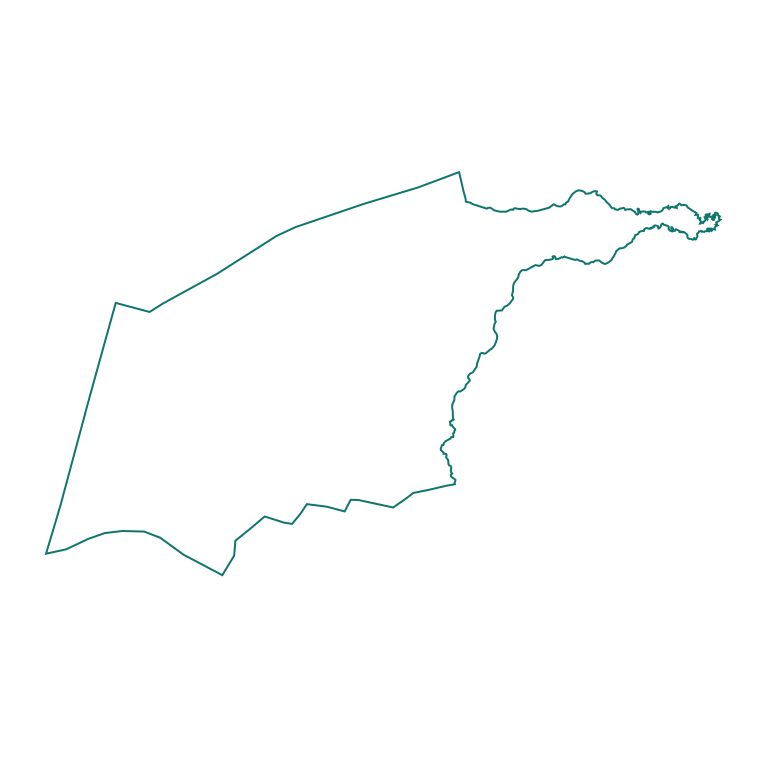 Intan Jaya, Papua, Indonesia (Albers equal-area conic projection), rotated 105°
{"feature_id": "22746128B83440404091664", "entity_name": "Intan Jaya", "entity_type": "district", "adm_level": 2, "iso_a3": "IDN", "parent_name": "Indonesia", "parent_adm1": "Papua", "projection": "albers", "projection_center": [136.506, -3.409], "detail": "fine", "context": "isolated", "style": "outline", "palette": "teal", "viewbox_px": 768, "rotation_deg": 105, "n_neighbors": 0, "source": "geoboundaries", "source_scale": "gbopen_adm2", "svg_char_len": 6166}
<svg xmlns="http://www.w3.org/2000/svg" viewBox="0 0 768 768"><g transform="rotate(105 384 384)"><path d="M462.5,289.6L461.5,290.3L460.0,290.0L458.3,290.1L457.2,292.1L456.6,294.2L455.4,295.8L454.3,295.9L452.8,295.0L451.7,296.4L450.3,297.1L447.2,297.4L446.1,298.1L445.7,300.0L444.7,301.0L441.7,302.0L440.1,303.0L439.3,304.5L438.6,305.0L436.2,305.2L435.6,305.8L435.9,308.4L434.9,308.6L433.2,312.0L432.0,312.4L428.1,312.2L427.6,310.9L426.9,310.7L425.8,311.0L423.4,309.8L419.5,305.7L418.4,305.6L417.6,304.8L417.6,303.6L417.1,303.3L413.7,304.4L413.0,303.6L411.1,303.9L410.0,303.3L409.1,303.8L407.5,306.5L406.2,307.5L406.7,308.9L406.3,309.4L404.4,309.9L403.7,310.6L402.8,310.2L402.1,309.2L401.1,308.7L401.1,307.9L400.4,307.5L398.8,308.7L392.9,310.4L389.1,312.1L386.2,312.7L381.4,311.9L377.9,312.7L373.3,311.3L371.7,310.0L371.5,308.3L367.9,305.3L366.0,304.5L363.9,304.8L358.8,302.1L357.9,302.2L356.3,304.2L355.0,304.8L353.3,304.4L351.7,303.5L349.8,301.2L343.4,299.0L340.1,299.4L333.1,298.8L330.1,298.9L328.9,297.9L328.5,296.5L328.8,295.1L328.1,293.7L323.3,290.4L322.0,289.1L318.2,287.2L314.6,286.7L311.2,286.6L308.9,286.9L306.6,288.2L304.5,290.7L302.4,292.4L297.4,292.8L295.1,292.1L293.2,293.5L289.8,294.4L286.2,294.8L284.1,294.1L282.4,289.1L278.3,287.7L276.6,285.5L273.6,283.4L268.5,281.4L266.8,281.7L265.2,283.4L260.9,283.4L255.8,284.6L252.8,284.6L246.6,282.0L243.0,282.1L240.1,281.3L238.1,279.8L237.4,276.4L230.0,268.6L229.7,264.5L228.1,262.7L223.7,260.9L222.6,260.2L221.3,256.6L219.7,253.5L218.7,253.1L217.4,254.1L216.7,253.6L216.5,252.3L216.9,251.5L218.8,250.2L217.9,247.8L215.7,245.5L215.7,244.2L214.1,242.7L214.4,242.0L214.7,233.1L214.6,231.2L213.7,229.9L214.5,226.0L214.0,224.6L215.0,221.5L215.9,220.8L214.6,216.8L213.5,216.3L212.5,215.1L212.1,214.2L212.1,213.3L210.2,211.9L209.4,209.8L209.0,208.0L210.4,205.0L210.7,203.6L210.8,201.4L209.2,199.4L207.3,197.7L205.0,196.1L203.6,196.1L200.7,194.8L199.9,194.9L197.7,194.2L195.8,194.2L193.1,192.4L191.8,191.2L191.3,189.3L190.1,187.4L188.0,185.6L186.4,185.1L182.6,181.3L179.8,181.1L179.0,180.8L178.6,180.0L178.0,179.8L177.1,180.1L175.0,179.8L174.2,178.4L172.9,177.1L171.4,177.1L170.1,175.5L169.1,173.6L169.0,172.8L168.6,172.4L167.2,172.7L165.7,171.3L165.3,170.4L165.5,167.9L164.9,166.6L164.2,166.9L163.7,166.0L163.7,165.0L162.5,164.7L162.8,164.3L162.3,163.8L160.9,163.7L160.6,162.9L160.6,160.4L161.2,159.9L162.0,159.8L162.0,158.9L162.5,158.8L162.1,158.3L160.5,157.5L158.0,157.3L157.0,156.6L157.0,155.9L157.7,154.9L157.9,150.6L158.5,149.6L159.6,149.3L160.5,149.4L161.8,147.8L162.0,145.2L161.8,144.5L161.3,144.3L160.7,144.6L159.9,146.4L158.4,147.1L158.1,146.8L158.1,146.3L159.3,144.8L161.0,143.4L160.6,142.5L159.1,142.1L159.0,141.2L159.8,138.1L160.8,137.8L160.8,137.1L159.9,136.4L159.9,135.7L160.4,135.0L160.3,134.6L159.6,134.3L159.8,132.7L161.1,130.1L161.6,129.5L163.7,128.9L164.5,128.1L164.8,127.0L164.5,125.0L164.7,123.0L164.1,122.4L163.2,122.4L162.8,122.1L162.9,121.5L163.8,121.0L163.8,120.6L163.4,120.1L160.2,119.4L158.1,120.5L157.4,120.3L157.0,119.7L156.3,119.3L155.1,119.2L154.6,117.8L154.0,117.5L153.9,117.0L154.6,116.2L154.2,115.4L154.3,114.6L154.1,113.9L153.5,113.6L152.6,111.4L152.5,109.5L152.0,109.4L150.7,110.4L151.0,111.5L150.8,112.0L150.2,111.8L149.3,108.4L150.9,108.6L151.5,107.4L150.9,107.0L149.9,107.7L149.5,107.4L149.1,104.3L147.5,105.1L145.7,104.2L144.6,102.9L144.2,104.9L143.2,103.9L142.0,104.9L139.3,102.2L138.1,101.5L138.0,103.0L137.0,103.4L135.2,103.1L134.9,103.8L135.1,104.3L134.7,104.9L133.4,105.3L132.9,106.1L132.6,108.0L133.2,108.5L134.7,107.4L135.1,109.2L135.7,109.7L136.3,109.8L136.8,109.4L136.7,107.5L137.1,107.3L137.7,107.4L138.4,108.0L140.1,107.9L140.5,108.5L139.8,109.9L138.3,109.6L137.4,109.9L137.6,111.1L138.3,112.2L137.7,112.9L137.0,113.6L136.5,113.7L135.8,113.4L135.3,113.6L136.4,114.9L136.8,116.7L137.6,117.1L138.1,116.8L138.2,116.2L137.7,115.7L137.5,114.6L137.6,113.9L138.1,113.7L139.2,114.7L140.2,114.9L141.0,114.2L141.5,114.2L140.8,115.3L139.8,115.5L139.4,116.0L139.4,116.7L139.9,117.5L141.5,116.0L142.7,116.0L144.1,116.8L144.6,117.5L145.1,117.2L145.9,117.3L145.8,118.4L146.3,119.4L147.1,119.7L147.3,120.3L145.3,119.9L144.6,120.2L144.0,121.3L142.0,121.2L141.7,121.7L142.7,122.5L142.8,123.3L142.3,124.0L139.9,124.3L139.3,124.7L140.0,126.8L138.4,126.3L137.9,126.5L137.0,130.2L134.9,136.2L133.4,137.8L133.2,138.6L133.3,140.6L134.4,142.9L133.3,144.9L133.6,145.8L135.5,146.5L136.6,148.0L137.4,147.1L138.2,146.8L138.1,149.0L138.5,149.4L138.2,151.3L138.7,152.7L139.8,153.0L141.0,154.0L140.9,154.9L139.6,154.8L138.5,155.4L140.6,157.3L141.2,158.8L142.0,159.7L142.8,159.6L145.0,160.6L145.9,161.5L146.2,162.4L147.5,164.0L147.3,166.2L148.2,169.1L148.2,171.3L149.3,171.7L150.3,170.6L150.9,170.6L151.5,171.6L151.2,172.8L149.4,173.3L150.5,175.2L149.8,176.6L150.2,178.3L151.0,180.0L152.4,180.6L148.9,183.4L149.1,184.3L150.0,184.3L151.2,183.0L153.8,182.4L154.8,183.1L154.6,184.3L152.8,186.4L151.3,191.0L152.5,194.6L153.4,196.0L152.0,197.5L151.9,198.3L152.9,199.8L153.1,200.8L154.8,202.8L155.3,203.0L155.5,206.0L154.7,206.8L155.0,208.9L154.8,209.8L152.2,213.0L151.0,215.5L149.0,218.2L147.5,221.6L146.2,223.2L145.9,224.4L146.5,226.5L145.5,228.1L142.9,228.2L143.0,229.4L143.7,231.5L146.2,234.1L147.4,236.4L148.0,238.5L146.8,240.0L146.2,242.4L146.5,246.0L148.3,248.6L152.0,251.3L156.4,252.7L160.0,253.4L161.8,255.2L163.5,255.3L164.1,256.9L166.4,258.6L167.1,260.4L167.3,262.9L166.5,266.6L171.0,270.2L176.8,280.1L179.4,286.3L179.1,289.7L178.3,291.4L178.5,294.7L179.9,298.4L180.4,303.3L181.2,304.2L182.2,304.2L182.7,306.7L186.2,310.9L186.3,312.5L187.3,315.3L187.7,318.3L187.7,322.8L187.0,324.2L186.2,327.0L186.9,329.0L188.0,330.1L187.3,344.8L186.5,347.7L186.7,352.1L184.0,353.1L177.2,357.1L159.9,366.3L185.6,402.4L215.1,449.9L255.3,510.0L268.8,526.1L320.6,573.6L363.5,618.4L375.1,629.1L375.1,664.1L472.6,665.0L585.2,665.1L635.4,666.5L626.0,648.3L610.1,629.5L600.2,615.0L593.7,598.6L588.6,577.5L590.5,560.1L600.8,533.4L610.5,490.7L588.5,484.3L573.9,487.0L557.5,475.1L542.9,465.0L543.8,444.8L542.9,436.6L531.0,431.1L520.0,427.4L517.3,407.3L517.3,389.0L504.5,386.2L502.7,378.9L500.9,343.2L489.0,333.1L481.7,327.6L474.4,312.9L466.1,297.4L462.5,289.6Z" fill="none" stroke="#0f766e" stroke-width="2"/></g></svg>